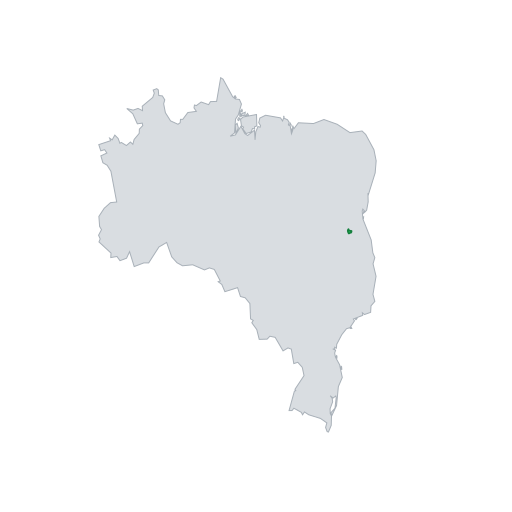 location of Aracatu, Bahia, Brazil, rotated 342°
{"feature_id": "56859067B11961587384233", "entity_name": "Aracatu", "entity_type": "district", "adm_level": 2, "iso_a3": "BRA", "parent_name": "Brazil", "parent_adm1": "Bahia", "projection": "equal_earth", "projection_center": [-41.359, -14.328], "detail": "fine", "context": "in_parent", "style": "filled", "palette": "green", "viewbox_px": 512, "rotation_deg": 342, "n_neighbors": 0, "source": "geoboundaries", "source_scale": "gbopen_adm2", "svg_char_len": 4567}
<svg xmlns="http://www.w3.org/2000/svg" viewBox="0 0 512 512"><g transform="rotate(342 256 256)"><path d="M163.0,106.4L166.9,110.9L171.8,108.8L173.4,111.7L176.1,107.5L182.8,103.3L184.3,99.3L188.6,97.0L188.9,94.5L184.0,93.6L182.8,82.7L178.7,75.8L184.3,79.3L189.4,79.2L193.0,82.7L194.1,78.4L206.8,73.3L209.6,69.7L209.5,66.4L213.3,66.2L214.4,67.8L213.1,73.3L216.4,74.8L217.5,79.3L215.2,82.7L214.1,91.7L216.5,101.1L222.5,106.6L225.1,105.8L226.4,102.7L228.6,103.4L235.5,98.5L244.0,100.0L242.8,96.0L244.1,93.4L245.8,94.5L251.4,92.6L257.7,97.4L260.4,95.1L266.3,96.8L277.5,75.5L279.3,77.7L283.0,97.3L284.9,100.3L288.6,102.0L289.1,107.0L282.7,116.4L278.8,119.5L273.6,132.3L268.5,134.1L273.8,134.5L281.7,128.0L283.2,136.2L285.3,138.8L293.4,135.9L291.0,145.2L294.2,137.8L297.9,133.5L299.7,134.8L300.6,133.4L299.8,130.1L302.3,126.0L308.6,125.1L322.0,132.2L323.0,135.8L324.9,133.3L328.0,136.1L328.9,139.1L327.3,141.3L328.0,142.4L329.6,140.3L330.0,142.3L328.5,144.4L327.5,150.7L329.6,148.1L331.2,143.3L331.4,146.7L337.5,142.4L351.6,147.8L362.8,147.2L373.9,155.8L383.5,167.7L395.5,169.9L397.9,174.3L401.0,191.4L399.7,202.6L395.0,213.8L381.9,232.3L381.9,230.8L379.4,239.2L375.4,246.6L373.5,247.7L372.1,244.4L370.9,246.0L369.1,253.9L370.5,276.3L368.1,289.1L368.5,294.3L364.9,299.6L363.9,312.4L355.4,328.6L355.0,335.9L350.0,338.9L347.6,345.0L341.1,345.2L339.6,342.9L339.2,345.4L329.1,346.0L329.6,348.1L323.2,353.2L319.6,353.1L313.3,357.3L305.5,364.9L304.0,368.5L302.6,367.1L302.1,368.8L300.3,368.1L302.6,370.2L300.8,372.6L300.3,376.6L301.9,385.3L300.5,398.2L294.0,405.6L286.4,423.1L279.0,431.0L278.7,428.3L284.1,425.1L288.5,415.5L288.6,413.8L285.4,414.9L283.4,411.8L284.5,414.9L283.8,418.4L279.2,424.2L277.9,428.9L278.4,431.4L275.2,440.3L270.5,445.8L269.4,445.0L269.2,440.6L271.8,436.6L267.1,430.4L257.1,423.3L253.9,419.3L251.2,421.4L250.8,418.7L245.0,412.5L242.5,414.1L239.7,413.2L250.8,396.3L252.2,396.4L251.9,394.8L264.7,384.6L265.6,376.2L262.9,370.0L258.7,370.0L260.8,355.5L258.0,353.3L252.4,354.6L249.1,339.3L244.4,336.6L240.9,338.5L233.3,336.3L234.0,326.2L231.4,318.2L233.5,316.4L231.4,314.1L235.5,299.3L232.8,292.4L228.7,289.7L228.7,280.4L215.4,280.3L214.7,272.5L212.1,268.8L214.3,268.7L212.2,255.9L208.0,252.9L202.7,253.3L193.1,244.8L183.1,242.6L178.8,238.0L175.6,230.8L175.2,215.5L166.5,217.4L151.8,229.4L147.3,227.9L136.9,228.4L137.1,212.8L132.2,218.1L125.2,218.4L123.6,213.5L117.4,212.6L119.0,208.4L111.0,194.1L113.1,191.6L112.7,187.6L117.2,183.2L116.4,179.6L118.8,169.8L126.4,163.7L134.1,160.3L140.2,161.6L144.2,130.6L142.5,123.7L139.2,120.0L139.4,112.8L146.0,112.0L144.9,108.1L140.9,108.0L140.9,101.5L153.3,101.4L153.2,98.7L155.1,101.1L159.1,97.4L161.2,101.6L161.4,106.7L163.0,106.4ZM286.5,119.8L300.2,121.6L297.0,132.5L294.5,132.7L294.0,134.6L292.0,133.7L289.8,136.5L284.5,136.5L282.7,131.0L284.0,129.6L282.4,127.7L283.5,121.3L286.5,119.8ZM274.7,133.0L276.8,125.1L279.0,124.0L278.8,128.8L274.7,133.0ZM290.2,115.9L288.9,118.8L285.8,118.2L286.3,116.3L290.2,115.9ZM285.5,112.7L285.0,118.7L283.7,118.1L285.5,112.7ZM292.4,119.7L290.5,120.0L289.6,119.5L292.0,117.8L292.4,119.7ZM283.4,119.9L281.4,121.9L280.6,120.9L282.0,119.1L283.4,119.9ZM287.2,114.7L286.2,113.4L287.9,112.2L288.0,113.4L287.2,114.7ZM286.1,99.2L284.9,99.5L284.7,97.3L285.8,97.2L286.1,99.2ZM302.5,390.7L302.0,388.9L302.9,387.2L303.2,387.7L302.5,390.7ZM324.4,352.4L324.7,354.5L323.3,354.0L324.4,352.4ZM301.5,377.8L300.9,376.8L301.8,375.6L302.1,376.1L301.5,377.8ZM329.3,146.7L328.4,149.0L329.3,145.8L329.3,146.7ZM372.7,248.0L371.3,248.6L372.2,246.9L372.7,248.0ZM332.7,346.8L331.3,347.5L331.1,347.1L331.9,346.2L332.7,346.8ZM370.4,252.1L369.9,253.3L369.6,252.5L370.4,252.1ZM325.6,131.3L325.7,132.5L325.3,132.3L325.6,131.3Z" fill="#d9dde1" stroke="#a8b0b8" stroke-width="1"/><path d="M352.3,259.0L352.2,259.0L351.9,259.1L351.8,259.3L351.7,259.3L351.5,259.5L351.4,259.7L351.3,259.8L351.2,259.9L351.2,260.0L351.2,260.3L351.0,260.5L351.0,260.8L350.9,260.9L350.9,261.0L351.0,261.0L351.0,261.3L351.0,261.5L350.9,261.7L350.9,261.8L351.0,261.8L351.0,262.0L351.0,262.3L351.0,262.5L351.0,262.8L350.6,263.0L350.4,263.0L351.9,263.4L352.1,263.4L352.3,263.2L352.5,263.2L352.7,262.9L352.8,263.0L353.0,263.0L353.0,262.9L353.3,262.8L353.3,263.0L353.5,263.1L353.6,262.9L353.8,262.8L353.8,262.7L353.9,262.8L354.0,262.9L354.2,262.7L354.1,262.4L354.3,262.3L354.4,262.2L354.5,262.2L354.6,261.9L354.6,261.7L354.4,261.7L354.2,261.5L353.6,261.1L353.4,261.0L353.1,260.8L352.9,260.7L352.6,260.6L352.3,260.6L352.2,260.5L352.2,260.3L352.4,259.5L352.4,259.3L352.4,259.2L352.3,259.0Z" fill="#22c55e" stroke="#15803d" stroke-width="1.5"/></g></svg>